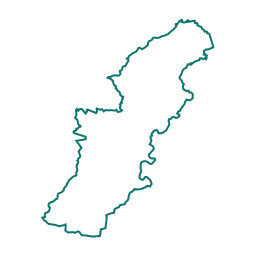 outline of Dak Po, Gia Lai, Vietnam, rotated 272°
{"feature_id": "81297802B45369844815447", "entity_name": "Dak Po", "entity_type": "district", "adm_level": 2, "iso_a3": "VNM", "parent_name": "Vietnam", "parent_adm1": "Gia Lai", "projection": "albers", "projection_center": [108.624, 13.929], "detail": "fine", "context": "isolated", "style": "outline", "palette": "teal", "viewbox_px": 256, "rotation_deg": 272, "n_neighbors": 0, "source": "geoboundaries", "source_scale": "gbopen_adm2", "svg_char_len": 5860}
<svg xmlns="http://www.w3.org/2000/svg" viewBox="0 0 256 256"><g transform="rotate(272 128 128)"><path d="M137.1,74.9L135.7,75.0L135.2,76.4L133.7,77.3L130.7,78.0L130.0,78.4L129.1,79.1L128.8,80.0L127.7,80.6L127.5,80.3L127.5,79.2L125.3,77.4L125.4,76.3L124.0,76.3L123.3,75.4L123.2,74.4L122.1,73.7L121.4,73.9L121.0,74.3L117.8,86.0L115.3,86.1L113.4,76.9L106.6,82.1L102.9,79.5L98.3,81.3L97.4,81.0L95.5,79.3L94.3,79.1L93.6,78.5L92.6,79.4L91.9,79.4L91.3,79.3L90.1,78.3L89.0,78.4L88.5,78.0L87.2,78.0L85.1,78.6L83.9,78.8L81.9,78.0L80.8,77.8L78.8,78.1L77.8,75.4L76.2,73.4L74.7,72.2L73.7,70.7L71.8,70.3L71.0,69.3L68.6,68.6L65.6,66.3L63.4,65.9L63.2,65.2L62.4,64.9L61.6,64.2L60.3,61.1L59.6,60.4L58.8,60.1L55.0,59.9L54.2,58.2L52.4,56.4L51.5,55.1L51.1,53.4L49.7,51.6L49.1,51.4L47.3,51.3L46.5,51.8L45.8,52.8L42.1,52.0L40.8,50.3L40.2,48.4L39.3,47.9L38.6,47.9L37.6,47.9L36.2,48.3L35.4,45.5L34.0,46.5L32.4,48.0L31.9,49.0L30.6,50.4L29.4,52.1L28.6,58.6L27.5,63.0L28.1,65.0L28.3,66.4L29.4,68.9L26.7,69.2L23.3,68.9L21.7,71.3L21.8,71.9L21.4,72.4L21.7,73.3L22.0,76.8L21.4,78.3L21.8,79.5L22.8,81.0L22.9,81.9L22.3,83.1L20.0,84.8L19.3,85.8L19.1,87.6L19.1,90.6L18.6,92.5L18.6,94.2L18.2,96.2L19.2,103.8L25.8,104.4L26.1,106.2L27.3,109.0L38.1,109.9L39.9,109.2L40.7,110.2L40.9,111.0L42.2,114.3L42.7,116.9L43.7,117.0L44.4,117.4L45.6,117.1L46.6,117.7L48.2,120.5L48.5,121.6L51.0,123.0L51.0,124.5L51.7,127.3L52.8,127.7L54.4,128.8L56.1,130.5L57.6,130.9L60.8,131.2L62.0,131.8L63.2,132.1L63.8,132.7L64.7,134.7L66.0,135.4L66.5,136.3L67.1,136.5L67.2,136.8L66.7,137.4L67.0,137.8L66.9,138.2L67.1,138.5L66.8,139.5L67.0,140.2L67.3,142.7L67.9,144.1L68.0,145.0L68.7,145.6L69.2,147.4L70.2,148.1L70.2,148.9L70.8,149.2L71.0,149.8L70.6,150.5L70.6,151.4L70.3,152.2L71.6,152.6L72.9,153.6L76.3,152.3L78.8,149.6L79.7,148.4L79.8,147.6L79.6,146.9L77.3,145.3L76.7,144.3L77.4,142.3L78.3,141.4L79.2,141.2L82.0,141.4L83.3,141.9L84.5,142.7L85.7,142.7L87.3,142.1L89.2,141.9L93.1,142.1L94.3,142.8L94.8,143.5L95.4,145.5L95.2,147.6L94.9,148.5L93.4,150.3L92.8,152.4L93.1,153.1L96.5,156.1L97.8,156.1L98.5,155.7L98.6,154.9L98.3,153.3L98.5,152.3L99.6,150.5L101.5,149.7L102.5,149.9L103.0,150.7L105.0,152.1L107.2,154.1L108.3,154.5L110.0,153.9L110.9,153.2L112.4,150.3L113.2,150.9L114.7,151.1L115.7,151.7L117.6,151.6L118.4,150.9L118.9,150.7L120.4,151.0L121.0,151.5L120.9,152.1L121.2,152.4L121.9,151.9L123.4,151.9L124.3,153.0L125.8,153.6L126.6,154.8L126.6,156.4L126.9,157.1L123.6,158.9L123.9,160.1L123.8,161.4L124.4,162.2L124.7,163.3L126.9,166.1L132.5,169.1L134.7,169.0L135.6,168.6L136.0,168.3L138.3,168.8L138.2,169.7L138.6,170.6L140.0,171.4L140.4,172.3L140.6,173.7L139.9,174.9L139.9,176.9L141.0,178.3L142.0,179.1L142.7,179.0L143.2,178.5L143.8,177.1L144.3,176.6L144.9,177.3L146.2,177.6L146.9,179.3L148.3,179.7L149.4,180.8L150.6,181.0L151.2,181.8L153.9,183.6L156.3,184.3L158.5,185.6L157.9,187.4L158.1,189.4L160.1,191.6L164.1,191.5L165.6,190.1L165.8,187.9L167.3,187.4L167.2,185.4L166.9,184.8L167.9,183.6L168.7,182.0L171.4,181.5L172.5,181.6L173.7,182.3L174.9,181.0L177.2,180.0L179.4,177.9L179.8,177.8L180.8,177.9L182.3,178.5L183.5,179.4L187.9,180.8L189.1,182.0L190.2,184.1L190.7,184.4L191.7,184.5L192.2,185.1L193.3,185.4L193.7,185.6L193.7,187.0L194.5,188.0L194.3,188.3L193.6,188.3L193.5,188.8L194.0,189.3L195.0,189.3L195.1,190.6L195.7,191.1L196.4,192.5L197.2,193.4L197.4,194.4L198.0,195.4L198.3,197.0L200.2,197.5L200.1,199.4L199.6,201.0L200.1,202.4L199.3,203.6L200.3,204.1L200.8,204.2L201.5,203.1L202.8,204.2L203.2,204.3L203.6,203.1L204.3,202.6L203.8,201.6L204.0,201.1L205.6,201.7L207.4,201.1L208.1,201.7L208.5,202.5L209.1,203.0L209.5,206.1L211.1,209.0L211.4,210.1L211.9,210.5L224.9,206.0L225.4,205.0L225.4,203.8L226.7,203.6L227.3,203.1L227.0,201.2L228.5,200.6L229.6,198.7L231.5,197.7L232.0,196.6L232.0,195.8L232.8,195.1L233.0,193.8L233.4,193.6L234.7,193.8L235.1,193.5L235.3,192.8L235.2,191.4L235.5,191.0L236.3,190.8L237.2,191.2L237.5,190.8L237.3,188.8L236.7,187.2L236.8,186.3L236.3,185.2L236.1,184.0L236.4,183.9L237.5,184.4L237.8,184.1L236.6,182.6L235.7,181.9L235.4,179.7L236.0,179.0L236.1,177.7L237.3,178.2L237.8,178.1L237.8,177.8L236.5,175.6L234.9,174.5L233.6,173.9L233.3,173.2L233.8,172.6L233.7,172.3L232.9,172.0L232.0,172.8L231.2,172.7L227.8,169.7L226.2,167.8L223.0,164.5L222.8,163.5L221.7,161.7L220.9,158.6L219.6,156.3L219.0,154.7L219.3,151.5L219.0,150.0L216.7,148.5L215.6,146.1L213.7,145.0L211.8,145.0L209.8,143.1L207.3,139.6L207.3,139.3L208.5,137.3L208.4,135.7L205.5,134.2L204.9,133.6L204.0,132.5L203.6,131.3L203.0,130.3L200.0,126.6L197.9,125.8L197.9,125.0L197.3,124.5L197.0,125.5L196.5,125.9L195.3,126.0L194.5,125.8L192.6,124.5L190.8,123.8L189.7,123.1L189.6,121.8L188.9,120.6L186.1,120.0L185.3,119.2L184.8,117.8L182.0,118.6L181.5,118.4L180.4,117.4L179.8,116.1L180.2,114.8L180.0,113.8L180.0,111.7L179.6,110.5L178.7,109.2L178.2,106.6L177.5,105.9L176.2,109.4L175.7,109.8L175.3,110.6L174.6,110.9L174.4,111.6L172.6,111.7L170.6,112.5L169.8,113.8L169.5,113.9L169.5,114.2L168.8,114.7L167.2,114.3L167.1,114.7L166.2,115.3L166.0,115.8L164.6,116.6L164.4,117.4L163.4,118.3L162.0,119.0L161.1,119.0L160.6,119.4L160.5,119.8L159.8,120.2L159.5,120.8L158.9,121.1L159.0,121.9L158.5,121.7L157.6,122.0L157.3,121.5L156.4,121.5L155.8,121.0L154.5,120.8L153.9,120.4L153.0,120.8L152.9,120.4L152.5,120.3L152.5,120.0L151.9,119.9L151.4,119.1L150.9,119.6L150.2,119.8L149.7,119.7L148.7,119.2L147.3,119.4L146.4,120.0L145.3,121.4L144.4,120.2L144.0,119.1L144.0,118.3L143.6,117.3L145.8,115.7L145.0,114.5L144.9,113.8L145.3,110.7L144.9,107.7L145.1,106.7L144.9,105.3L145.1,104.7L143.8,103.3L146.0,101.2L145.4,99.9L145.3,99.2L146.3,96.1L145.4,96.0L143.2,96.4L141.9,95.6L142.3,94.1L142.7,93.7L142.9,92.5L143.4,91.5L144.8,87.5L144.9,86.7L144.4,86.1L142.9,86.5L142.5,85.9L141.0,85.1L145.4,81.1L145.0,78.7L143.9,78.1L143.5,77.7L143.8,77.4L144.7,77.5L144.7,76.7L145.2,76.2L144.0,75.4L140.2,76.0L138.1,75.7L137.1,74.9Z" fill="none" stroke="#0f766e" stroke-width="2"/></g></svg>